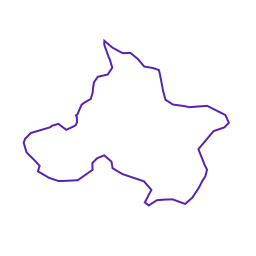 the district of Mezam, Nord-Ouest, Cameroon, rotated 290°
{"feature_id": "32672807B13167032786609", "entity_name": "Mezam", "entity_type": "district", "adm_level": 2, "iso_a3": "CMR", "parent_name": "Cameroon", "parent_adm1": "Nord-Ouest", "projection": "robinson", "projection_center": [10.141, 6.007], "detail": "fine", "context": "isolated", "style": "outline", "palette": "violet", "viewbox_px": 256, "rotation_deg": 290, "n_neighbors": 0, "source": "geoboundaries", "source_scale": "gbopen_adm2", "svg_char_len": 1078}
<svg xmlns="http://www.w3.org/2000/svg" viewBox="0 0 256 256"><g transform="rotate(290 128 128)"><path d="M103.8,55.5L102.5,55.0L101.6,54.0L90.0,38.3L82.6,35.0L78.5,35.0L70.5,40.9L66.1,50.2L65.3,52.0L62.2,57.9L56.4,58.2L54.2,70.8L54.4,80.8L56.6,86.5L61.8,98.7L76.6,109.0L82.8,106.5L89.0,109.3L94.2,115.0L90.7,124.0L84.9,127.3L82.8,138.4L83.3,158.8L83.4,161.1L77.9,171.1L63.8,169.3L62.3,173.9L70.0,179.8L73.3,187.0L76.2,194.3L76.2,207.7L84.7,212.3L96.1,215.0L103.4,215.9L109.2,217.2L115.9,216.5L118.8,213.4L120.0,212.2L132.2,201.4L154.4,209.5L161.5,218.3L167.4,221.0L173.5,215.0L175.9,194.8L168.5,178.4L167.9,173.6L165.4,162.2L167.4,153.5L174.7,148.4L189.3,139.7L193.0,137.2L192.9,130.9L191.3,122.2L196.1,113.9L199.4,104.6L196.5,97.4L198.2,85.9L201.8,76.0L198.3,77.1L188.0,85.6L186.2,87.5L182.1,90.5L179.3,92.6L171.3,90.6L165.8,82.1L159.4,80.4L153.9,81.4L149.0,82.7L142.6,83.1L137.1,78.5L134.2,76.5L128.1,76.0L123.7,75.9L122.0,74.8L120.8,76.2L115.9,78.1L112.7,77.9L110.5,76.0L105.2,70.6L106.8,65.4L108.1,61.1L103.8,55.5Z" fill="none" stroke="#5b21b6" stroke-width="2"/></g></svg>